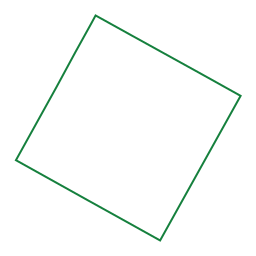 the district of Boone, Iowa, United States of America, rotated 209°
{"feature_id": "52423323B40017288212337", "entity_name": "Boone", "entity_type": "district", "adm_level": 2, "iso_a3": "USA", "parent_name": "United States of America", "parent_adm1": "Iowa", "projection": "orthographic", "projection_center": [-93.897, 42.037], "detail": "fine", "context": "isolated", "style": "outline", "palette": "green", "viewbox_px": 256, "rotation_deg": 209, "n_neighbors": 0, "source": "geoboundaries", "source_scale": "gbopen_adm2", "svg_char_len": 302}
<svg xmlns="http://www.w3.org/2000/svg" viewBox="0 0 256 256"><g transform="rotate(209 128 128)"><path d="M45.1,210.7L86.4,210.8L169.0,210.7L210.9,210.7L210.8,201.1L210.8,169.1L210.4,129.0L210.4,45.5L127.9,45.3L110.8,45.3L45.4,45.2L45.1,210.7Z" fill="none" stroke="#15803d" stroke-width="2"/></g></svg>